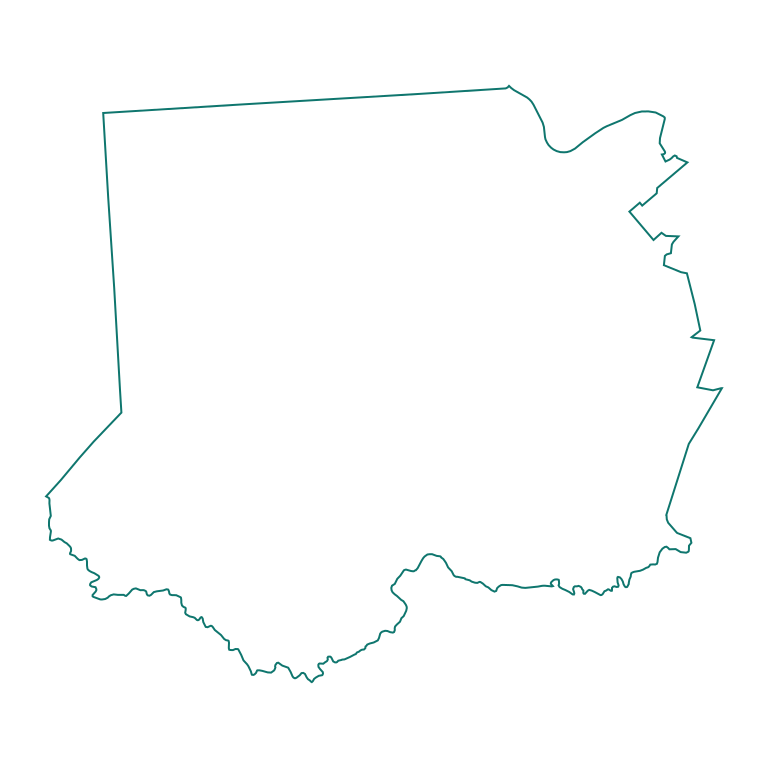 the district of Mitcham, South Australia, Australia
{"feature_id": "25037944B96315201731576", "entity_name": "Mitcham", "entity_type": "district", "adm_level": 2, "iso_a3": "AUS", "parent_name": "Australia", "parent_adm1": "South Australia", "projection": "robinson", "projection_center": [138.632, -35.007], "detail": "fine", "context": "isolated", "style": "outline", "palette": "teal", "viewbox_px": 768, "rotation_deg": 0, "n_neighbors": 0, "source": "geoboundaries", "source_scale": "gbopen_adm2", "svg_char_len": 6058}
<svg xmlns="http://www.w3.org/2000/svg" viewBox="0 0 768 768"><path d="M687.4,162.4L677.0,157.9L676.6,156.3L674.8,155.5L673.1,156.5L671.6,158.1L669.6,159.6L665.5,161.5L661.9,154.5L663.7,154.2L664.9,153.3L665.1,152.3L664.8,151.4L659.7,143.3L660.0,138.1L664.8,118.9L664.7,117.5L663.4,116.4L655.7,112.5L648.4,111.4L641.7,111.5L635.0,113.0L630.4,115.1L622.0,119.9L606.8,126.2L603.4,127.9L595.3,133.2L582.8,142.2L575.0,148.6L570.4,151.1L566.9,152.1L564.0,152.3L560.3,152.1L556.7,151.1L553.5,149.5L551.1,147.7L548.6,145.1L547.0,142.6L545.5,139.4L545.0,137.1L543.9,126.9L542.6,122.6L533.5,104.7L531.5,101.6L529.4,99.4L527.1,97.5L514.1,90.2L511.2,88.0L509.0,85.9L507.7,87.4L505.7,88.4L419.5,93.9L240.8,104.5L103.2,113.0L108.2,197.6L114.2,288.0L120.0,390.0L121.4,412.6L93.7,441.6L79.6,457.6L60.9,480.0L46.1,496.4L48.8,497.9L49.3,498.8L49.5,500.1L49.4,503.4L50.8,515.9L49.2,519.3L49.0,522.3L49.0,525.8L49.5,528.4L50.8,530.4L50.9,531.5L50.0,537.2L49.9,539.8L51.3,540.5L52.8,540.5L58.2,538.5L61.5,539.6L64.5,542.1L66.7,543.3L69.5,546.0L70.5,547.2L71.0,548.3L71.1,550.3L71.0,551.2L70.0,553.3L70.2,554.2L74.7,555.8L77.6,558.8L79.4,560.1L82.0,559.9L84.9,558.5L85.7,558.5L86.6,559.2L87.0,561.7L87.0,565.5L87.4,568.5L87.8,569.5L89.4,570.9L91.6,572.1L94.3,573.2L98.5,575.8L99.1,576.6L99.2,577.6L98.4,578.9L96.8,580.0L91.3,582.3L90.3,583.7L90.0,585.0L90.5,585.7L91.7,586.5L95.5,587.2L96.3,589.0L96.4,590.0L95.7,591.5L92.6,595.0L92.6,596.3L93.4,596.9L100.2,599.4L101.9,599.5L105.2,599.0L107.7,597.7L109.1,596.3L110.9,595.2L113.7,594.4L118.2,594.9L123.8,594.9L125.2,595.8L126.2,595.9L128.7,593.6L132.2,589.6L133.8,588.8L135.9,588.4L140.4,590.2L143.3,590.1L144.5,590.4L145.9,591.2L146.2,591.6L146.8,594.1L147.3,594.9L147.8,595.4L149.5,595.7L151.0,594.9L153.8,592.1L156.9,591.3L163.1,590.5L166.4,589.3L168.0,589.5L168.5,590.1L169.0,591.5L169.4,593.6L170.2,594.6L171.9,595.1L176.2,595.2L180.7,597.3L181.0,597.8L181.3,600.0L181.3,602.8L182.0,605.5L183.5,606.9L185.2,607.6L185.7,608.2L185.7,609.8L185.2,612.8L185.9,614.2L189.6,616.4L193.2,617.2L194.7,617.8L196.8,619.9L197.6,620.2L198.4,620.1L199.2,619.5L200.6,617.5L201.4,617.1L201.9,617.3L202.7,618.6L203.3,622.1L205.7,626.9L207.6,627.2L210.6,625.8L211.6,625.9L212.7,626.9L214.8,630.0L221.0,635.0L224.2,639.0L226.1,640.2L228.0,640.5L228.6,640.9L229.0,642.7L228.8,648.1L229.2,649.7L230.3,650.0L232.9,650.1L235.5,649.0L237.9,649.1L238.3,649.4L241.2,654.9L243.5,660.4L247.1,664.3L248.4,666.2L250.9,671.4L251.7,674.3L252.0,674.8L253.5,674.9L254.5,674.4L256.0,672.9L257.1,670.5L257.5,670.3L259.4,670.3L262.4,670.9L267.7,672.4L271.1,672.6L273.9,670.6L274.5,669.8L275.4,667.5L275.1,666.4L275.4,665.0L276.9,663.0L278.3,662.7L282.3,665.6L288.2,667.7L290.6,671.9L292.6,676.5L293.6,677.7L295.0,678.3L296.4,677.8L299.7,675.3L301.5,673.1L303.3,672.9L305.0,674.0L306.7,677.4L308.0,679.2L309.7,680.3L311.1,681.7L311.8,682.1L312.8,681.2L314.1,678.9L315.9,677.5L318.8,675.8L322.1,675.2L322.6,674.7L323.0,673.5L322.8,672.1L319.9,668.9L318.5,666.9L318.3,664.9L318.8,663.9L319.5,663.5L323.3,663.7L325.3,662.1L326.4,661.5L327.2,660.8L327.8,659.5L327.5,657.7L328.2,656.7L330.1,656.6L330.7,656.9L331.5,657.9L333.2,661.4L335.0,662.4L336.3,662.4L337.1,662.0L338.3,660.7L341.7,659.9L342.1,659.6L344.5,659.4L350.1,656.9L354.8,654.4L355.7,654.2L356.9,652.5L358.9,651.7L360.5,650.4L362.0,649.7L364.0,649.5L365.3,648.2L365.5,646.5L366.5,645.7L367.2,644.6L369.8,643.5L373.7,642.5L377.8,640.4L379.0,638.0L380.2,633.7L381.0,632.6L382.2,631.7L385.1,630.8L387.4,631.0L390.3,632.2L391.7,632.4L392.9,632.6L394.1,632.0L394.8,630.1L394.7,628.2L395.1,626.5L396.8,624.6L400.0,621.7L401.4,618.2L403.7,616.1L406.2,610.8L406.8,608.0L406.6,606.5L405.8,604.7L403.4,601.2L401.2,599.9L397.0,596.0L394.7,594.3L392.6,592.3L391.6,590.3L391.3,587.9L392.0,585.7L394.8,583.9L397.3,578.8L400.3,575.7L403.9,570.3L405.3,569.7L406.1,569.6L411.0,571.0L413.2,571.3L413.9,571.2L415.5,570.2L415.9,570.2L417.7,568.1L421.5,560.9L423.2,558.1L424.6,556.5L427.4,554.5L429.7,554.2L432.1,554.2L436.7,555.9L440.1,556.3L440.8,556.7L441.1,557.4L443.3,559.0L445.0,561.4L446.0,562.9L448.1,567.4L451.7,571.2L453.6,575.0L454.5,576.0L456.1,576.8L457.4,576.8L464.2,578.2L465.0,578.5L465.4,579.2L469.7,580.3L471.6,581.6L475.0,582.7L477.3,582.9L479.5,581.9L480.4,582.0L482.9,583.6L485.8,586.3L488.3,587.4L491.4,590.1L494.5,591.6L496.2,590.9L497.1,588.2L498.7,586.6L501.1,585.1L502.6,584.9L512.3,585.2L517.7,586.4L521.6,587.6L525.4,587.9L537.9,586.6L542.2,585.8L544.6,585.7L551.8,586.4L552.9,586.1L550.8,583.8L550.9,582.9L551.3,582.1L553.5,580.1L555.0,579.5L557.0,579.4L558.7,579.8L558.9,580.4L559.1,583.7L558.6,585.4L559.6,587.1L562.4,588.8L565.3,590.0L569.3,592.0L572.6,594.4L573.9,594.5L574.3,593.6L574.1,592.2L573.1,589.1L573.8,587.1L574.9,586.3L577.1,586.3L578.6,585.9L580.7,586.8L581.6,587.8L582.3,589.4L583.4,590.5L583.3,592.9L583.8,593.7L585.0,593.8L587.8,590.7L589.2,589.9L591.7,590.6L594.9,592.1L600.5,595.1L601.5,595.0L602.6,594.2L604.5,591.2L605.9,590.7L608.0,589.3L608.7,589.4L610.9,590.8L611.8,590.8L612.0,590.2L612.0,587.9L613.0,586.7L614.4,586.3L616.8,587.0L618.2,586.7L618.6,585.4L617.6,582.4L617.3,578.3L617.5,577.3L618.0,576.9L619.9,577.4L621.5,579.1L622.8,581.5L623.6,584.3L624.9,586.6L626.0,587.2L627.2,586.9L628.8,583.9L628.7,583.3L629.4,579.6L630.7,576.6L630.9,574.8L631.3,573.2L632.3,572.5L634.1,571.8L640.0,570.8L643.1,569.6L646.1,567.9L648.2,567.2L649.2,566.3L650.3,564.6L653.0,564.4L655.2,564.5L656.9,563.8L657.5,562.0L658.0,557.7L659.7,552.3L662.4,548.7L664.8,547.0L666.5,546.7L668.2,548.0L669.4,549.3L675.7,549.1L680.7,552.1L686.2,552.7L688.0,551.9L688.6,551.4L688.9,549.9L689.0,545.7L691.4,542.8L690.4,538.2L677.2,533.0L676.3,532.1L668.2,522.8L666.8,519.4L666.5,515.1L666.3,515.0L688.8,443.9L698.3,428.5L721.9,388.2L721.2,388.2L713.0,390.3L697.3,387.3L714.1,340.2L692.5,337.6L691.6,337.2L700.3,330.5L694.7,304.0L686.9,273.3L681.1,272.2L663.9,265.2L664.9,255.9L666.7,254.4L670.9,253.2L671.9,244.4L673.5,241.8L678.4,236.4L665.9,235.9L661.5,232.8L653.5,240.0L629.4,211.6L639.8,202.7L642.2,205.6L656.7,193.3L657.2,188.0L687.4,162.4Z" fill="none" stroke="#0f766e" stroke-width="2"/></svg>